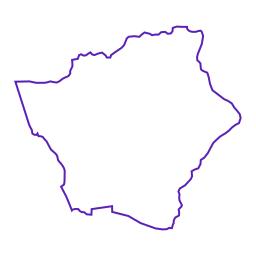 Pendang, Kedah, Malaysia
{"feature_id": "92858781B37345713247698", "entity_name": "Pendang", "entity_type": "district", "adm_level": 2, "iso_a3": "MYS", "parent_name": "Malaysia", "parent_adm1": "Kedah", "projection": "albers", "projection_center": [100.552, 5.979], "detail": "fine", "context": "isolated", "style": "outline", "palette": "violet", "viewbox_px": 256, "rotation_deg": 0, "n_neighbors": 0, "source": "geoboundaries", "source_scale": "gbopen_adm2", "svg_char_len": 2108}
<svg xmlns="http://www.w3.org/2000/svg" viewBox="0 0 256 256"><path d="M171.7,228.9L173.0,224.3L173.6,223.3L173.8,220.3L175.2,217.6L179.0,215.5L179.2,212.8L178.7,209.3L181.4,206.6L181.9,205.2L179.5,200.4L179.2,198.0L179.5,194.2L178.4,191.5L179.8,188.5L185.1,185.3L190.8,179.1L192.1,176.2L191.6,171.3L194.3,169.7L198.3,168.3L200.5,164.0L200.8,160.0L204.3,157.6L207.9,153.0L211.2,146.7L213.3,142.9L216.3,140.0L220.0,136.6L225.5,133.2L228.9,130.7L230.3,129.2L232.2,127.3L235.6,124.8L239.0,123.1L240.6,118.1L239.8,114.3L236.9,110.5L234.3,107.6L231.8,103.4L228.0,100.9L224.2,99.2L212.5,90.3L210.0,83.9L208.7,77.2L207.3,72.7L204.4,71.5L201.9,70.3L200.9,69.1L200.7,66.9L200.4,63.4L199.2,61.9L197.3,60.3L197.1,56.9L198.0,53.5L199.0,51.0L199.9,48.8L200.9,46.2L201.8,44.0L202.3,41.1L203.1,35.9L201.8,31.9L200.6,30.7L199.8,30.8L198.0,31.1L195.9,31.8L194.0,31.9L192.1,31.8L190.4,31.4L188.5,30.4L187.1,28.7L187.0,26.9L183.7,26.9L180.6,26.8L176.8,26.6L172.8,27.9L172.5,31.1L171.1,33.3L167.9,33.8L165.2,31.9L161.2,32.2L158.5,34.6L155.0,34.6L152.0,35.2L149.9,33.8L144.5,32.5L141.3,34.9L139.4,36.8L134.3,36.2L128.6,36.8L126.8,38.4L124.1,45.1L121.6,47.8L115.7,51.8L111.1,55.1L110.3,57.5L106.8,57.5L105.5,55.3L102.0,52.6L99.3,53.2L94.2,55.1L92.0,54.3L90.4,52.4L87.7,54.0L86.1,55.3L83.7,55.6L81.0,54.3L79.6,54.9L79.1,55.1L77.8,58.8L72.1,59.9L72.4,63.7L72.4,66.4L70.2,70.9L70.2,73.6L68.4,76.1L65.4,77.4L62.7,78.7L59.5,81.2L56.8,82.5L54.1,82.2L50.3,81.4L46.6,82.5L43.9,82.8L36.1,82.8L29.4,81.4L15.4,81.7L27.7,120.2L28.5,122.9L30.1,126.9L31.8,129.9L32.4,133.6L34.2,134.7L36.5,134.9L37.5,133.5L38.5,136.1L40.9,136.3L42.8,137.0L44.7,139.4L46.6,141.4L49.7,147.3L51.1,149.7L53.5,151.8L55.7,153.8L57.1,155.7L57.5,157.3L58.0,160.0L59.4,161.9L61.2,163.8L62.8,166.1L64.0,168.3L64.7,170.6L64.5,181.9L64.0,184.5L61.1,186.7L66.2,196.4L68.6,202.1L71.9,210.4L72.4,209.7L75.0,209.0L78.3,209.1L79.8,211.0L81.7,212.1L84.1,212.2L85.5,213.3L86.7,214.3L91.4,214.7L91.7,209.1L112.1,206.2L112.2,211.9L128.4,216.0L140.6,223.1L155.5,228.4L162.8,229.4L166.6,229.2L169.5,227.8L171.7,228.4L171.7,228.9Z" fill="none" stroke="#5b21b6" stroke-width="2"/></svg>